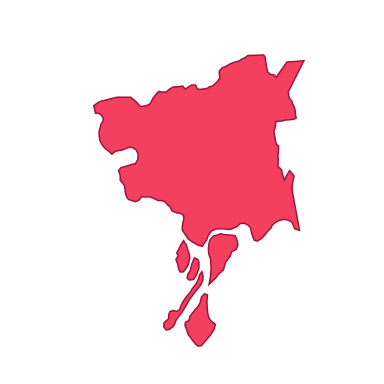 outline of Apicum-Açu, Maranhão, Brazil, rotated 191°
{"feature_id": "56859067B98855082713", "entity_name": "Apicum-Açu", "entity_type": "district", "adm_level": 2, "iso_a3": "BRA", "parent_name": "Brazil", "parent_adm1": "Maranhão", "projection": "natural_earth1", "projection_center": [-45.087, -1.505], "detail": "fine", "context": "isolated", "style": "filled", "palette": "rose", "viewbox_px": 384, "rotation_deg": 191, "n_neighbors": 0, "source": "geoboundaries", "source_scale": "gbopen_adm2", "svg_char_len": 3699}
<svg xmlns="http://www.w3.org/2000/svg" viewBox="0 0 384 384"><g transform="rotate(191 192 192)"><path d="M301.8,250.9L298.6,251.5L295.7,250.2L293.3,247.7L292.9,244.5L294.2,241.2L294.8,233.2L293.8,229.5L292.5,225.5L290.1,222.0L286.1,218.4L281.4,216.1L277.8,213.8L275.6,216.7L272.9,218.3L268.8,219.7L265.0,222.2L262.0,224.0L258.5,224.2L254.6,222.5L252.1,218.9L251.5,213.4L252.9,209.2L256.1,207.7L259.1,206.1L262.3,204.4L266.3,202.4L268.3,199.0L265.6,194.4L264.7,189.8L261.9,187.6L259.4,185.2L258.1,181.4L257.0,177.7L255.3,174.9L253.1,172.6L249.1,172.1L245.7,171.7L242.6,173.7L240.5,177.7L237.3,178.1L232.9,179.2L228.6,178.5L223.9,177.2L220.1,177.7L217.0,177.4L213.7,175.0L210.8,173.2L207.9,169.6L203.2,168.6L199.8,168.9L196.0,167.6L195.0,164.7L195.0,160.3L194.9,155.8L194.3,152.8L186.9,145.2L182.1,143.0L178.7,141.9L175.7,140.9L171.5,140.6L169.9,144.7L168.6,147.5L167.6,152.8L165.5,157.4L161.6,160.2L158.3,161.0L153.2,162.0L149.3,162.2L146.7,162.8L143.8,164.9L141.1,166.7L138.7,170.2L134.8,171.3L130.6,170.2L127.6,167.9L125.9,163.5L123.6,159.4L121.6,156.5L118.6,156.3L115.5,159.0L112.5,163.3L110.1,168.2L107.6,171.7L106.8,175.0L103.7,178.6L100.4,181.0L96.5,182.7L92.6,182.7L90.0,182.2L87.5,180.7L84.2,175.5L79.1,174.8L93.5,211.4L94.8,216.4L95.0,222.7L94.8,227.0L98.1,230.0L100.3,231.7L101.8,227.3L103.7,221.5L107.2,227.7L108.1,230.8L112.6,233.6L113.0,237.6L113.5,240.7L114.5,243.9L115.0,249.1L115.7,253.6L118.1,254.9L119.5,257.4L121.1,261.7L123.2,266.8L122.6,271.8L123.2,277.0L119.9,278.2L117.2,278.8L114.3,280.4L109.8,281.6L106.2,282.8L103.8,284.4L105.1,287.4L106.1,291.2L107.6,294.6L109.8,297.4L111.4,300.3L114.6,303.0L116.6,308.7L107.2,342.2L110.4,341.3L123.6,337.7L131.2,320.9L133.8,322.6L137.7,322.5L140.8,324.4L142.8,329.4L144.3,333.4L145.8,338.0L147.8,340.2L158.0,337.8L163.2,336.7L165.5,334.0L168.4,332.1L171.1,329.4L175.2,327.4L179.1,325.0L182.6,321.9L186.3,319.4L188.3,315.8L187.6,312.6L186.3,309.8L188.0,305.6L189.7,303.0L192.0,300.0L194.7,298.7L196.8,296.7L199.5,295.6L203.2,294.4L206.2,294.1L209.1,297.7L212.8,296.9L215.4,294.6L218.1,291.7L221.6,294.2L226.3,292.5L230.5,291.5L233.6,288.9L236.5,285.1L241.4,284.4L244.0,284.3L245.5,281.9L248.2,276.6L249.8,270.7L253.3,268.0L258.8,266.1L265.0,270.5L270.3,273.3L283.8,270.7L299.8,263.2L304.9,258.1L301.8,250.9ZM159.5,154.3L162.6,152.8L164.9,149.2L165.5,145.2L165.2,139.9L163.9,134.9L160.8,129.1L158.7,120.8L157.7,112.7L157.6,104.5L152.2,112.3L150.7,115.7L146.3,121.4L145.7,129.2L142.1,136.6L141.8,140.9L137.7,144.0L136.8,148.8L138.6,153.3L141.0,157.2L143.9,157.3L152.0,156.3L156.0,156.5L159.5,154.3ZM162.7,90.8L162.9,85.0L164.3,80.6L166.0,78.0L168.1,74.0L170.3,69.7L170.5,65.2L173.6,63.0L173.4,59.7L170.5,54.9L168.2,51.1L163.2,46.5L159.6,43.5L156.6,41.8L153.4,43.0L149.6,49.8L146.6,54.9L144.1,61.5L143.8,66.5L148.6,69.0L151.3,71.5L153.3,75.6L155.2,82.2L156.5,87.6L156.8,90.6L157.2,93.9L160.3,94.5L162.7,90.8ZM168.5,112.8L169.5,105.9L171.0,101.5L173.1,97.7L174.4,93.6L176.4,90.1L178.4,86.3L179.5,83.5L181.0,79.3L181.7,74.2L184.0,72.0L188.4,72.0L191.0,70.1L191.4,67.0L190.8,63.0L192.7,60.8L194.5,58.4L193.9,54.2L191.0,51.6L188.0,52.8L185.0,56.1L183.7,59.4L183.4,62.5L181.4,66.9L178.7,72.5L176.7,77.8L174.1,85.7L170.2,93.9L167.5,98.9L165.5,102.9L164.5,107.7L165.1,111.5L167.1,115.7L168.5,112.8ZM192.9,138.0L194.1,133.3L195.4,129.1L193.3,127.0L194.9,122.8L192.3,118.5L190.2,113.5L188.3,111.2L185.3,111.9L183.7,115.0L181.8,119.8L181.7,123.0L181.5,126.3L182.6,130.0L184.8,133.9L187.7,139.2L191.0,142.7L192.9,138.0ZM178.3,121.8L178.7,115.0L180.4,110.0L180.4,106.7L177.9,105.0L173.7,106.5L171.8,111.5L171.1,115.0L170.7,118.3L171.2,121.4L171.8,124.5L173.4,126.9L177.1,127.8L178.3,121.8Z" fill="#f43f5e" stroke="#9f1239" stroke-width="1.5"/></g></svg>